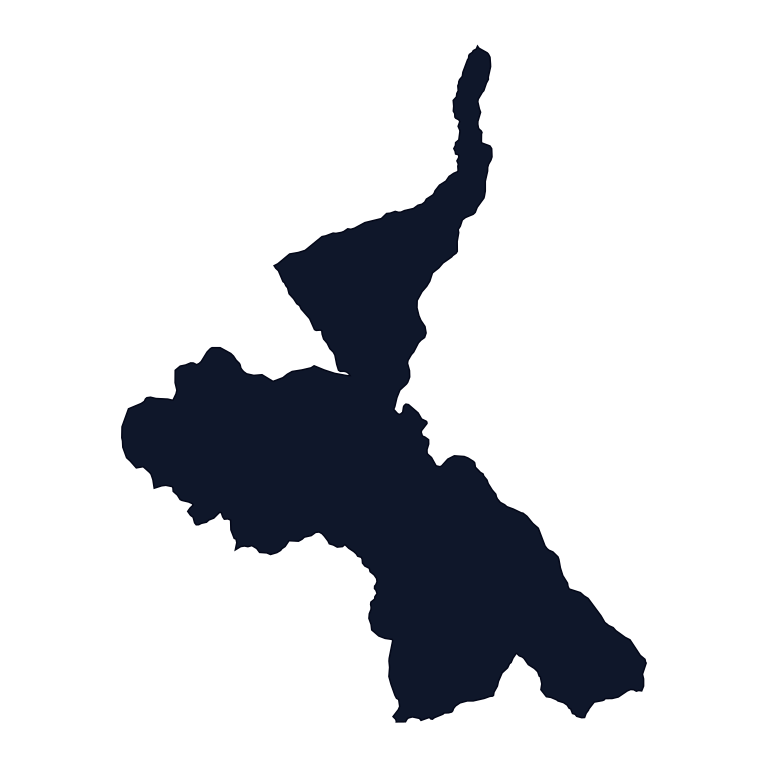 Trong, Tongsa, Bhutan
{"feature_id": "84629894B683869752306", "entity_name": "Trong", "entity_type": "district", "adm_level": 2, "iso_a3": "BTN", "parent_name": "Bhutan", "parent_adm1": "Tongsa", "projection": "robinson", "projection_center": [90.682, 27.159], "detail": "fine", "context": "isolated", "style": "filled", "palette": "ink", "viewbox_px": 768, "rotation_deg": 0, "n_neighbors": 0, "source": "geoboundaries", "source_scale": "gbopen_adm2", "svg_char_len": 6103}
<svg xmlns="http://www.w3.org/2000/svg" viewBox="0 0 768 768"><path d="M646.2,663.0L645.7,662.6L645.0,659.3L640.3,655.4L630.0,639.8L625.2,637.4L615.8,630.6L613.2,627.6L608.8,625.6L604.8,622.4L601.0,615.8L588.1,598.4L584.1,595.9L580.4,592.6L569.2,589.0L568.0,586.4L567.5,583.1L562.8,575.6L560.4,567.9L558.9,559.5L558.0,556.9L552.9,551.9L548.9,550.2L547.0,548.6L545.0,545.9L538.3,528.2L532.8,523.4L527.0,516.3L522.9,513.1L521.4,512.9L513.2,509.0L506.9,506.7L504.6,504.7L500.3,502.4L497.4,498.9L496.4,496.8L495.8,494.2L492.2,490.0L488.2,483.6L487.0,480.0L483.8,476.1L483.0,473.9L480.4,472.4L475.4,467.2L474.7,462.8L473.6,461.5L468.0,458.0L464.2,456.5L454.3,455.8L447.8,459.1L441.5,466.1L439.8,466.7L436.1,465.8L431.5,457.5L427.7,454.2L427.1,452.8L427.0,449.6L428.7,444.0L428.6,439.7L425.0,437.1L422.4,436.0L421.2,432.2L421.6,430.5L427.0,423.5L426.9,422.1L426.2,421.2L421.6,419.0L418.1,412.9L408.5,404.6L405.9,404.1L404.2,405.5L403.5,406.9L402.7,412.2L400.3,414.2L398.7,414.3L397.1,413.1L393.7,409.3L394.8,406.7L396.9,397.7L399.9,390.1L406.5,384.0L407.7,382.3L409.7,377.0L409.5,370.6L407.5,363.3L408.0,360.4L411.4,354.6L413.7,352.0L418.4,342.9L420.9,340.2L424.6,337.5L426.1,333.0L425.0,326.5L420.9,320.4L418.9,315.7L417.0,307.8L417.2,300.5L422.0,291.7L426.7,286.3L429.8,281.2L432.5,272.9L438.8,267.9L443.0,263.0L451.7,256.9L452.7,255.6L456.1,253.2L457.3,251.3L457.2,241.5L458.7,232.7L458.2,229.5L460.3,226.2L462.3,220.0L465.5,217.5L473.3,214.2L475.2,212.4L477.2,207.3L483.9,198.1L484.4,196.2L485.3,191.0L485.3,181.3L487.6,171.1L487.7,167.3L488.6,164.2L490.9,160.2L492.0,156.9L491.7,148.7L490.0,146.0L481.7,142.9L481.4,141.5L481.5,134.1L482.0,132.4L481.1,130.8L479.1,129.1L478.4,127.7L477.8,124.1L477.9,121.3L480.6,112.2L479.4,108.9L477.8,101.8L478.2,99.2L482.3,92.3L483.8,90.7L486.4,83.1L488.4,79.4L488.3,77.1L490.6,66.7L490.5,63.9L490.0,57.2L488.4,54.1L487.2,52.8L479.0,48.2L477.5,46.1L476.3,49.0L473.3,50.6L472.3,52.4L469.4,54.4L468.8,55.7L468.5,58.4L467.6,59.6L462.9,72.2L462.3,76.4L459.6,79.6L458.8,81.6L458.6,83.8L457.8,85.8L458.2,90.7L456.8,93.5L456.4,96.9L453.2,100.4L453.7,106.2L453.3,111.1L454.7,113.5L454.9,117.1L455.7,118.2L458.8,119.8L459.8,121.6L458.1,126.3L459.7,130.0L459.9,131.4L458.8,139.9L455.6,142.6L455.4,145.5L453.8,148.6L455.1,151.2L455.6,154.0L458.2,154.7L458.8,155.9L458.6,157.8L456.9,160.9L458.3,164.1L457.8,166.2L458.1,170.5L457.5,171.7L453.7,173.3L449.1,176.4L445.9,181.1L439.5,185.1L435.1,190.7L434.1,193.3L432.8,195.0L426.4,199.1L424.7,202.1L422.0,204.2L418.0,205.2L413.5,208.5L404.4,210.6L401.1,212.1L398.6,212.3L395.2,211.4L390.1,213.2L386.6,213.5L381.3,218.6L364.9,222.6L354.5,228.2L350.9,229.3L347.7,228.8L343.8,231.5L341.4,232.4L335.9,233.4L333.1,233.1L325.6,235.9L322.0,236.6L305.1,250.4L298.3,252.5L289.6,254.0L277.8,263.8L274.1,265.7L275.8,268.3L278.4,270.7L283.0,281.6L284.5,282.7L285.9,285.8L287.6,287.8L289.1,293.8L293.6,298.7L296.8,303.7L299.6,305.6L301.2,309.0L309.6,318.6L314.5,329.6L316.2,330.4L320.4,330.1L321.8,330.7L322.1,334.1L323.6,339.0L327.2,343.2L329.9,348.7L333.3,352.1L334.9,355.1L336.7,364.3L338.5,370.2L340.2,371.3L344.1,371.3L346.4,371.9L348.6,373.4L350.1,375.6L347.5,375.7L334.8,373.4L324.3,370.0L314.1,365.8L311.1,367.8L302.1,369.9L292.1,371.5L287.3,374.2L282.9,377.7L273.0,381.4L262.0,374.7L253.8,375.4L246.6,373.8L243.6,371.6L241.8,369.5L240.8,367.9L240.2,365.1L239.4,363.4L236.1,360.1L233.5,356.1L230.8,353.5L220.2,347.7L212.0,347.7L210.4,348.6L207.1,352.0L201.2,361.6L199.1,363.5L196.6,364.7L193.4,363.0L190.7,362.9L185.6,365.0L180.2,366.1L175.2,370.3L175.1,382.7L176.9,390.2L176.0,393.9L173.1,399.9L172.4,400.2L167.8,399.1L155.9,398.5L150.5,397.2L146.9,397.7L145.5,398.9L144.3,401.4L141.2,403.5L128.5,408.8L122.0,426.8L121.8,437.8L122.5,440.9L122.8,447.2L126.6,457.7L130.2,461.0L136.3,467.9L143.2,466.7L149.7,472.5L151.1,474.3L152.9,479.7L154.2,488.2L161.7,485.8L165.8,485.3L172.2,486.6L172.9,487.8L173.2,491.4L177.4,495.1L180.1,499.5L181.9,500.4L188.7,502.0L192.0,503.5L192.9,504.3L192.8,505.4L190.1,508.0L187.7,511.4L190.5,515.3L193.1,517.2L194.6,522.8L196.2,524.8L198.7,524.7L201.5,523.3L206.5,522.2L208.9,520.0L213.8,518.1L219.3,512.6L220.4,512.3L221.4,512.9L222.7,516.8L224.3,519.2L227.9,518.9L230.6,520.1L230.9,529.9L234.2,538.4L236.0,539.1L236.8,542.6L235.3,549.9L240.7,546.6L244.5,546.0L247.9,546.7L251.9,545.6L256.7,548.5L259.6,552.4L266.8,552.9L270.5,554.5L276.9,552.6L280.6,550.4L281.9,548.7L285.1,546.5L289.0,540.7L298.5,541.2L302.0,539.3L304.4,537.1L311.3,535.6L315.6,532.4L319.1,532.0L322.1,533.7L324.3,536.1L328.0,541.0L329.3,543.8L333.4,545.0L337.2,547.1L342.5,546.6L344.9,544.5L348.8,548.3L353.8,551.6L356.2,553.8L357.7,556.2L361.3,557.3L362.2,559.3L362.5,563.1L364.8,566.0L369.3,568.3L370.1,571.7L374.0,574.8L376.5,578.4L376.8,579.8L377.0,581.8L375.8,584.7L374.6,586.1L374.5,588.6L375.9,590.2L377.1,593.5L374.9,596.6L374.6,599.1L370.9,602.1L370.6,604.4L371.1,607.1L371.0,609.5L369.3,613.7L368.9,618.4L371.1,624.5L371.7,629.9L378.8,636.0L385.1,638.4L392.0,639.4L392.7,640.6L389.2,658.3L389.0,661.1L389.6,667.4L388.9,676.5L391.0,684.2L394.9,695.2L396.5,698.3L398.5,699.4L398.8,700.2L399.7,706.5L398.3,709.7L393.0,716.6L395.6,719.2L396.3,721.0L396.2,721.9L405.5,721.8L407.0,719.2L408.3,718.0L412.4,716.9L419.5,718.4L421.0,720.4L429.4,717.4L430.8,718.9L432.4,719.2L434.5,717.6L442.9,714.2L444.2,713.0L448.6,712.8L451.7,712.0L452.8,710.7L453.5,708.6L455.5,706.0L460.0,702.9L467.3,700.9L473.3,700.9L484.3,698.4L489.8,696.4L492.6,696.1L493.5,695.4L494.0,692.2L497.4,686.1L498.4,681.5L502.1,672.9L507.6,667.8L509.5,663.7L511.1,662.5L513.0,658.1L516.2,653.4L516.8,653.4L519.2,655.8L522.3,657.0L524.0,658.4L528.3,664.6L534.3,668.4L537.7,671.7L539.2,676.1L540.3,676.6L541.8,683.9L540.9,689.7L546.4,696.7L550.9,697.4L556.6,699.8L557.9,700.9L563.5,702.6L567.2,705.1L569.1,708.2L570.7,708.9L572.5,713.5L575.1,714.3L576.7,716.3L581.7,717.7L584.6,717.5L586.1,713.4L588.5,710.1L589.0,708.8L594.2,702.1L602.4,700.6L604.0,700.0L605.3,698.6L612.1,698.5L618.3,697.0L627.3,690.9L630.6,689.5L633.7,689.7L636.3,691.2L638.7,690.5L641.7,690.9L643.6,686.1L643.6,678.9L642.5,674.2L646.2,663.0Z" fill="#0f172a" stroke="#020617" stroke-width="1.5"/></svg>